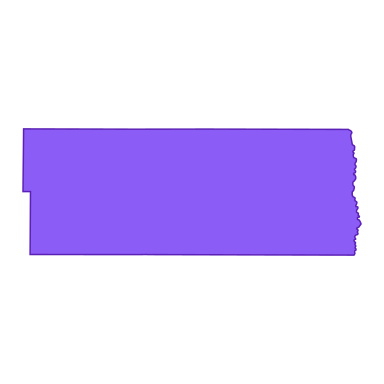 the district of Walsh, North Dakota, United States of America
{"feature_id": "52423323B16407049475855", "entity_name": "Walsh", "entity_type": "district", "adm_level": 2, "iso_a3": "USA", "parent_name": "United States of America", "parent_adm1": "North Dakota", "projection": "equal_earth", "projection_center": [-97.196, 48.369], "detail": "fine", "context": "isolated", "style": "filled", "palette": "violet", "viewbox_px": 384, "rotation_deg": 0, "n_neighbors": 0, "source": "geoboundaries", "source_scale": "gbopen_adm2", "svg_char_len": 2023}
<svg xmlns="http://www.w3.org/2000/svg" viewBox="0 0 384 384"><path d="M23.6,128.9L23.0,191.6L30.5,191.6L30.1,254.5L139.5,254.6L146.5,254.5L148.2,254.6L354.0,255.1L354.9,253.6L354.6,251.7L354.7,251.1L355.0,250.5L355.9,250.1L356.0,249.0L355.2,248.2L355.1,247.3L355.7,246.5L355.7,245.9L355.6,245.2L355.1,244.9L354.9,244.4L355.0,243.7L355.4,243.3L355.5,242.6L355.4,242.3L354.6,241.9L354.1,241.2L354.0,240.3L354.4,239.8L355.6,239.2L355.6,238.7L354.8,237.5L354.7,236.5L354.9,236.1L356.2,234.8L357.4,234.6L357.8,234.2L358.0,233.5L357.9,233.1L357.4,232.4L357.3,231.9L357.4,231.6L358.0,230.8L358.0,230.1L357.6,229.4L356.9,229.2L356.6,228.9L356.7,228.4L357.1,227.8L358.5,227.3L358.8,227.1L361.0,224.0L360.9,223.5L360.6,222.6L359.4,220.3L358.5,219.6L358.0,219.6L357.5,219.3L357.4,218.2L357.6,217.5L357.9,217.2L359.1,217.2L359.3,216.9L359.4,216.4L359.3,216.2L358.3,215.4L358.3,213.4L358.0,213.0L356.9,212.5L356.6,212.1L356.5,211.1L356.7,210.1L356.8,209.6L357.2,209.3L357.9,208.3L357.9,207.4L357.8,207.0L356.8,206.6L356.1,206.7L355.8,206.4L355.8,205.4L356.6,203.9L356.9,202.4L356.7,201.9L355.0,200.6L354.8,199.6L355.1,198.5L355.0,197.9L354.4,197.4L353.3,197.0L352.2,195.1L352.2,192.6L352.3,191.9L352.6,191.4L353.2,191.0L353.8,189.9L354.3,187.7L354.3,187.1L354.1,186.4L353.3,185.6L352.9,184.7L352.8,182.7L352.9,182.3L353.3,181.7L354.3,180.9L355.5,179.1L355.8,178.2L355.6,176.4L354.8,174.9L353.7,174.6L353.6,173.6L353.8,173.3L355.2,172.7L355.6,171.9L355.6,171.1L355.0,170.6L354.6,169.7L354.5,169.1L355.4,168.2L355.8,167.6L356.0,166.3L355.7,165.4L355.1,165.0L355.0,164.7L355.0,163.5L355.2,163.0L356.1,161.8L356.4,160.3L356.4,159.1L356.0,158.6L353.8,157.6L353.5,156.8L353.2,155.7L353.3,154.1L353.8,153.8L354.0,153.2L353.6,152.6L353.0,152.2L352.9,151.3L353.3,150.8L354.3,150.2L354.5,149.6L354.7,146.7L354.2,145.8L352.6,144.8L352.2,144.1L352.1,143.4L350.7,136.0L351.0,134.2L351.8,133.0L351.8,132.3L351.4,131.4L350.4,130.6L348.8,129.8L348.4,129.4L206.6,129.1L133.4,129.2L23.6,128.9Z" fill="#8b5cf6" stroke="#5b21b6" stroke-width="1.5"/></svg>